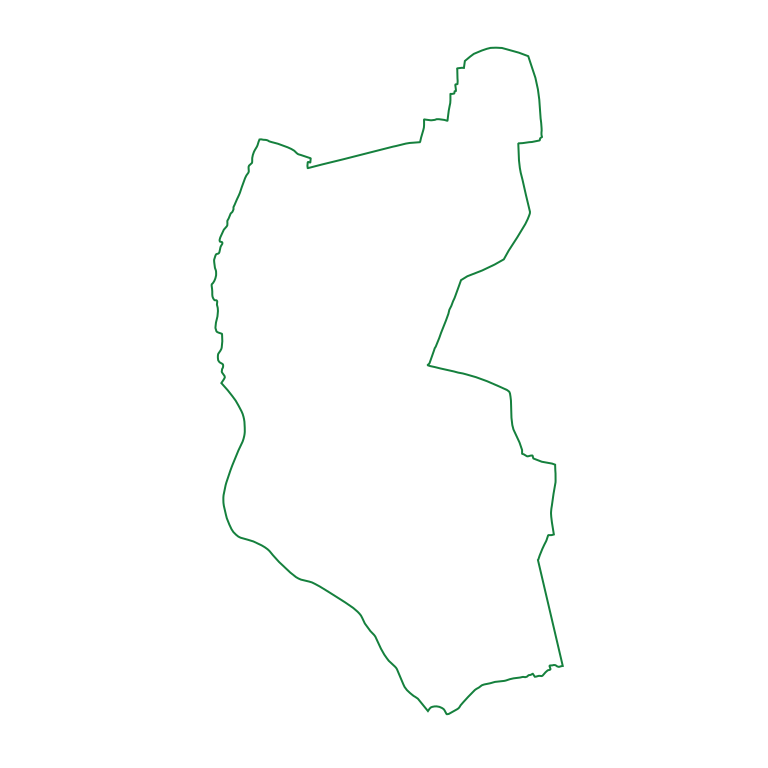 outline of Wat Phleng, Ratchaburi, Thailand, rotated 178°
{"feature_id": "78962969B25106488333665", "entity_name": "Wat Phleng", "entity_type": "district", "adm_level": 2, "iso_a3": "THA", "parent_name": "Thailand", "parent_adm1": "Ratchaburi", "projection": "robinson", "projection_center": [99.866, 13.45], "detail": "fine", "context": "isolated", "style": "outline", "palette": "green", "viewbox_px": 768, "rotation_deg": 178, "n_neighbors": 0, "source": "geoboundaries", "source_scale": "gbopen_adm2", "svg_char_len": 6060}
<svg xmlns="http://www.w3.org/2000/svg" viewBox="0 0 768 768"><g transform="rotate(178 384 384)"><path d="M546.5,390.6L540.4,383.2L536.0,377.2L532.8,372.5L530.1,367.4L527.4,361.8L526.3,359.0L525.6,356.3L525.1,353.7L524.8,351.1L524.7,345.0L524.8,341.0L525.1,338.8L525.5,336.9L526.3,334.1L527.3,331.4L531.8,322.7L538.4,308.1L540.5,303.0L545.0,291.0L545.8,288.5L548.2,278.6L548.5,276.2L548.6,273.1L548.6,270.9L548.3,267.9L546.6,259.1L545.8,255.4L543.5,249.0L541.5,244.3L539.7,241.3L537.1,238.5L534.9,236.6L532.7,235.4L525.2,233.0L520.0,231.2L511.9,227.0L508.8,225.0L506.1,222.9L504.2,221.0L501.0,216.8L495.1,209.8L484.2,198.8L478.7,194.1L476.3,192.6L473.8,191.4L465.5,189.1L462.9,188.2L459.9,186.6L455.3,183.9L445.8,177.6L430.3,167.0L422.5,161.2L418.3,157.3L416.6,155.4L415.1,153.4L413.9,150.9L411.5,145.3L406.2,137.5L402.6,133.5L401.5,131.9L396.3,119.6L393.2,113.6L390.8,109.9L388.9,107.2L382.9,101.2L381.8,99.9L381.0,98.5L375.2,83.3L374.0,80.5L371.7,77.2L368.6,74.1L365.4,71.3L363.8,70.3L361.1,68.3L351.5,55.6L349.7,58.0L348.6,59.0L348.1,59.3L346.8,59.7L344.8,60.0L342.7,60.0L339.9,59.4L337.6,58.3L337.1,58.0L336.0,57.2L335.5,56.7L334.8,55.6L333.4,52.7L333.0,52.0L332.7,51.8L332.4,51.8L330.8,52.0L321.9,56.6L320.9,57.3L320.0,58.2L318.6,60.3L315.8,63.3L310.8,68.4L304.0,74.9L303.3,75.4L302.0,76.2L299.8,77.3L297.0,79.3L296.4,79.6L294.4,80.2L288.4,81.2L283.5,82.4L274.2,83.1L272.6,83.4L268.5,84.6L264.9,85.3L258.2,85.9L255.7,86.4L254.9,86.4L253.4,86.1L252.8,86.1L251.2,86.6L249.7,87.9L247.5,88.2L245.6,89.2L245.4,89.2L245.2,88.9L243.5,86.2L242.5,86.2L239.6,86.9L238.7,86.9L236.6,86.6L235.9,86.9L235.5,87.2L232.6,90.3L230.4,92.1L228.2,92.6L227.7,93.0L227.6,93.5L228.4,96.2L228.4,96.4L228.1,96.8L227.8,96.9L225.7,96.9L224.4,97.2L222.9,97.1L222.3,96.9L220.7,95.7L219.5,95.3L219.0,95.2L216.2,95.9L215.2,96.0L236.3,202.8L235.8,203.4L234.4,207.2L231.5,213.7L229.4,217.8L227.5,221.2L227.0,222.3L225.3,226.9L224.9,227.2L222.1,227.1L220.6,227.4L219.5,227.7L221.0,239.7L221.5,245.5L221.6,249.0L221.5,250.3L221.1,253.5L220.5,256.5L218.4,268.4L216.0,279.8L215.9,281.3L215.7,288.5L215.8,291.6L215.8,297.4L218.8,298.6L229.0,300.8L237.2,304.3L237.4,304.6L238.0,307.1L238.4,307.4L240.1,307.3L242.1,306.8L243.3,306.7L243.8,306.9L246.7,308.8L248.3,309.4L248.4,309.6L248.3,313.2L250.6,320.8L256.2,334.0L257.2,338.5L257.8,345.8L257.7,362.9L258.0,366.7L258.4,370.0L258.9,371.5L259.2,372.0L261.1,373.6L268.9,377.5L280.9,383.2L291.8,387.6L301.3,390.7L304.9,391.8L309.5,392.8L313.7,394.1L327.2,397.6L332.8,399.2L337.2,400.3L339.4,401.1L339.6,401.4L339.6,401.5L338.3,402.6L337.8,403.2L337.5,403.9L332.8,415.9L332.1,417.9L331.0,419.5L327.2,428.0L325.2,433.1L319.9,445.2L317.2,451.9L316.1,455.9L314.0,459.7L312.1,464.3L310.6,467.2L309.6,469.6L305.7,479.3L303.4,485.1L296.9,488.8L282.0,494.0L269.3,499.5L259.9,504.4L254.7,513.0L245.7,525.9L237.2,538.9L234.6,543.8L233.1,547.2L232.3,549.3L232.1,550.9L235.6,568.2L238.5,583.5L240.0,590.4L240.7,595.2L241.3,602.8L241.4,619.4L241.0,619.8L237.0,619.9L230.5,620.6L227.7,620.7L220.5,621.9L220.1,622.0L219.7,622.5L219.5,623.7L219.3,624.1L218.6,624.7L217.6,625.2L217.5,625.4L217.5,625.5L217.9,627.3L217.9,628.8L217.8,630.4L217.6,631.5L217.6,634.3L217.8,639.4L218.0,641.8L218.2,643.7L218.9,662.9L219.9,673.1L222.0,684.7L228.4,706.6L237.6,710.4L249.9,714.3L254.4,715.7L260.3,716.2L265.7,716.2L269.5,715.4L274.5,713.9L282.7,710.8L286.6,708.1L291.9,704.0L293.1,697.1L295.0,697.3L296.4,697.2L299.6,696.9L299.8,696.8L299.9,696.6L299.8,695.2L299.9,686.9L299.8,684.2L300.1,681.3L300.4,681.1L302.0,680.9L302.2,680.6L302.3,680.3L301.9,675.9L301.9,674.4L302.0,674.3L302.8,674.2L303.2,674.0L303.5,672.3L303.7,672.0L303.9,671.8L306.2,671.5L307.4,671.6L307.5,671.5L307.7,665.5L308.0,662.4L308.6,660.0L309.7,655.2L311.0,647.3L311.3,645.3L311.4,645.0L311.7,644.9L314.4,645.8L316.1,646.1L319.7,646.7L322.2,646.8L324.0,646.2L327.4,645.9L328.6,646.0L334.5,647.0L334.7,646.8L334.8,646.6L334.8,644.6L334.9,641.4L335.2,638.8L335.8,636.6L338.3,629.0L339.4,624.9L339.8,624.4L349.9,624.0L353.8,623.5L363.8,621.4L366.7,620.9L417.3,609.9L438.5,605.5L452.5,602.4L452.7,602.5L452.9,604.4L452.9,604.9L452.5,608.1L452.3,608.4L451.9,608.5L451.4,608.4L450.3,608.0L450.0,608.0L449.9,608.1L449.4,611.9L449.6,612.2L459.5,615.9L461.1,616.4L462.0,616.8L463.1,617.7L465.6,620.3L468.4,622.1L472.0,623.9L481.6,627.8L486.2,629.2L487.6,629.6L489.4,630.2L490.6,630.7L491.4,631.3L492.3,631.7L493.0,631.9L493.9,632.1L496.0,632.3L498.3,632.8L499.9,632.7L500.9,630.4L502.0,627.2L502.7,625.7L504.9,622.3L505.9,620.5L507.1,617.4L507.5,615.7L507.8,614.5L508.0,610.4L508.2,609.9L508.3,609.5L511.2,607.0L511.7,605.9L511.8,605.0L511.7,601.3L512.1,600.0L514.2,597.3L514.6,596.6L515.7,594.5L519.3,585.6L521.3,580.2L522.4,577.8L524.7,573.3L527.1,568.2L528.2,566.1L528.3,565.4L528.3,563.9L529.1,562.1L529.6,561.2L531.2,559.8L531.4,559.5L533.5,554.8L534.8,552.7L534.9,551.9L534.9,550.1L535.0,548.7L535.1,548.0L535.7,547.0L538.7,543.8L542.5,536.2L543.2,534.1L543.3,533.1L543.1,532.3L542.9,532.0L542.6,531.9L541.7,531.7L540.8,531.3L540.6,530.8L540.6,530.3L540.8,529.6L542.1,527.6L542.6,526.6L543.9,521.5L544.4,520.6L545.1,520.1L546.5,519.8L547.2,519.5L547.8,518.6L548.3,517.3L549.4,514.2L549.5,513.2L549.4,511.2L548.9,506.0L548.5,504.7L548.1,503.5L547.9,502.3L547.9,500.3L548.0,498.5L548.6,496.3L548.9,495.3L549.9,493.1L551.2,491.1L552.6,489.7L552.8,489.0L552.8,488.2L552.5,485.0L552.4,482.5L552.5,479.0L552.3,477.2L551.8,475.8L551.3,474.8L550.7,474.0L550.4,473.7L550.0,473.6L548.6,473.5L548.2,473.2L547.9,472.7L547.8,472.1L548.2,469.1L547.8,467.3L547.5,465.8L547.4,462.7L547.9,458.8L548.1,457.3L549.8,451.2L550.4,447.0L550.5,446.0L550.4,445.4L549.6,442.5L549.2,442.0L547.8,441.2L544.4,439.9L544.2,439.7L544.1,438.8L544.1,432.3L544.9,426.2L545.3,424.8L546.4,422.9L548.5,420.1L548.8,419.3L549.0,418.1L549.1,416.7L549.1,415.9L548.9,413.6L548.2,412.3L547.8,411.8L547.2,411.2L544.9,409.8L544.4,409.3L544.2,408.9L544.1,408.3L544.2,406.9L544.5,405.9L545.3,404.5L545.7,402.0L545.6,401.5L545.3,400.9L543.1,397.6L542.9,396.6L542.9,396.0L543.8,394.4L546.5,390.6Z" fill="none" stroke="#15803d" stroke-width="2"/></g></svg>